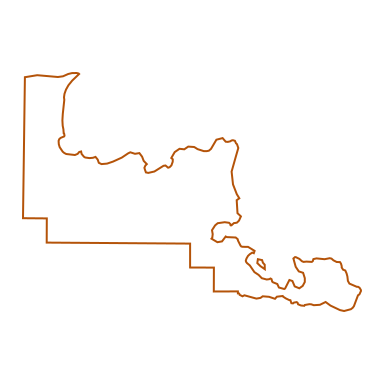 Chippewa, Michigan, United States of America (Albers equal-area conic projection)
{"feature_id": "52423323B85773519026200", "entity_name": "Chippewa", "entity_type": "district", "adm_level": 2, "iso_a3": "USA", "parent_name": "United States of America", "parent_adm1": "Michigan", "projection": "albers", "projection_center": [-84.214, 46.343], "detail": "fine", "context": "isolated", "style": "outline", "palette": "amber", "viewbox_px": 384, "rotation_deg": 0, "n_neighbors": 0, "source": "geoboundaries", "source_scale": "gbopen_adm2", "svg_char_len": 3079}
<svg xmlns="http://www.w3.org/2000/svg" viewBox="0 0 384 384"><path d="M237.9,293.3L238.5,293.2L239.2,293.6L239.6,294.8L242.5,296.3L244.4,295.3L256.4,298.6L260.5,297.9L262.7,296.3L269.0,296.8L275.0,298.8L276.9,296.7L282.7,296.0L282.9,296.5L285.8,298.4L289.3,300.1L290.4,300.2L291.4,303.2L293.0,303.4L293.9,302.6L296.7,302.1L297.6,302.8L298.1,304.3L301.0,305.5L304.3,305.8L304.8,305.0L309.3,304.2L311.2,304.3L313.8,305.2L319.9,304.8L325.6,302.0L330.5,305.6L340.0,310.1L344.1,311.0L350.9,309.2L352.7,307.8L353.9,306.2L358.0,295.3L359.4,294.4L361.0,290.9L360.8,289.8L359.5,287.7L358.0,286.8L356.8,286.8L349.4,283.6L347.9,280.9L347.4,276.5L346.6,273.5L345.3,270.5L343.1,269.7L341.7,267.5L341.7,266.1L341.0,263.7L340.0,262.1L336.7,262.0L333.4,260.3L331.5,258.6L329.7,258.2L324.6,259.2L316.5,258.4L313.4,259.1L312.8,261.1L311.8,261.9L306.5,261.6L303.5,261.9L301.9,261.2L299.4,258.9L295.7,257.1L295.0,257.1L293.4,258.5L295.7,266.8L298.8,271.4L303.1,272.8L304.8,278.2L304.8,282.0L302.7,285.9L299.3,288.3L294.7,286.4L292.4,281.0L289.4,280.0L285.1,288.5L284.2,289.0L278.9,287.5L277.3,284.0L273.0,282.3L272.2,281.6L271.5,279.1L270.5,278.5L269.1,279.2L266.7,279.5L261.8,278.2L258.6,274.9L254.4,272.1L249.8,265.4L247.0,263.1L246.0,261.7L245.8,260.6L246.5,258.5L248.0,255.9L249.8,254.2L252.3,252.6L253.8,253.2L254.6,250.9L248.1,246.9L242.6,246.8L241.3,246.5L240.5,245.6L238.0,240.6L237.7,239.2L235.7,237.5L226.8,237.1L225.7,236.5L222.0,241.4L217.4,242.2L211.5,238.7L212.3,237.6L212.7,234.1L212.0,230.2L215.1,225.4L217.7,223.2L224.7,222.2L229.1,222.8L230.5,224.3L230.5,224.8L230.6,225.1L230.6,225.3L230.8,225.4L231.1,225.4L231.5,225.3L231.7,225.1L233.9,223.1L235.7,222.9L237.0,222.6L239.0,220.6L240.9,216.4L237.5,213.2L236.7,200.2L239.3,198.3L236.8,194.2L233.0,184.4L231.6,171.6L235.6,157.4L238.3,148.0L237.0,144.2L236.0,143.3L234.9,140.8L232.9,140.2L231.5,140.5L230.3,141.3L227.8,141.9L225.7,141.7L222.6,138.1L216.4,139.7L211.0,148.9L209.1,150.5L208.9,150.7L206.9,151.1L203.7,151.1L197.5,149.1L195.2,147.6L194.1,147.0L188.3,146.6L188.1,146.7L184.3,149.3L179.5,148.8L174.7,152.1L171.3,158.0L172.8,159.3L172.7,161.8L171.4,165.4L169.6,167.2L168.1,167.7L165.5,165.5L163.5,165.8L154.4,171.5L148.3,172.9L145.9,172.4L145.0,169.8L144.4,167.8L145.4,165.5L146.8,164.1L143.7,160.9L142.1,156.7L139.4,153.1L135.0,153.8L130.3,152.3L128.2,153.3L121.8,157.6L113.0,161.6L107.1,163.6L101.5,164.1L98.8,162.8L97.7,159.6L95.5,156.9L92.9,157.8L89.4,158.1L85.2,157.5L84.0,156.8L81.6,153.9L81.1,151.5L79.2,152.0L77.6,153.9L74.9,155.0L66.2,154.0L64.3,153.0L62.7,151.7L59.7,147.2L58.8,144.2L58.6,140.9L59.2,139.2L60.6,137.9L64.2,136.4L64.5,135.5L64.1,133.5L63.7,133.3L63.4,129.3L62.7,125.8L62.4,120.4L62.8,113.8L64.3,99.9L64.0,97.3L64.5,93.8L66.0,89.6L68.4,85.3L72.2,80.6L79.1,74.0L78.6,73.5L76.6,73.0L71.9,73.1L68.2,74.0L63.0,76.3L57.9,77.0L37.2,75.2L24.9,77.2L23.0,218.2L46.8,218.4L46.7,242.6L190.1,243.6L190.1,267.5L213.9,267.6L213.8,291.5L237.9,291.4L237.9,293.3ZM257.9,259.2L257.3,263.1L260.5,266.2L264.8,269.2L264.7,264.7L262.9,262.7L262.1,260.1L257.9,259.2Z" fill="none" stroke="#b45309" stroke-width="2"/></svg>